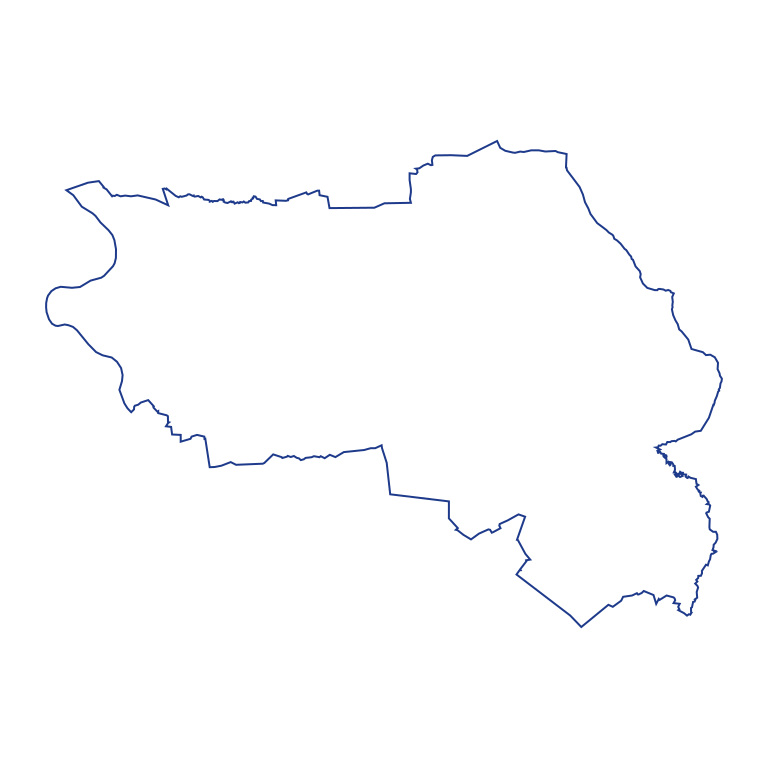 outline of Lochem, Gelderland, Netherlands
{"feature_id": "6326949B7349538907764", "entity_name": "Lochem", "entity_type": "district", "adm_level": 2, "iso_a3": "NLD", "parent_name": "Netherlands", "parent_adm1": "Gelderland", "projection": "mercator", "projection_center": [6.355, 52.172], "detail": "fine", "context": "isolated", "style": "outline", "palette": "blue", "viewbox_px": 768, "rotation_deg": 0, "n_neighbors": 0, "source": "geoboundaries", "source_scale": "gbopen_adm2", "svg_char_len": 6098}
<svg xmlns="http://www.w3.org/2000/svg" viewBox="0 0 768 768"><path d="M66.4,190.2L73.3,195.2L81.8,206.7L92.5,213.3L95.5,215.9L100.5,222.5L108.6,230.3L112.4,235.1L114.4,240.2L116.0,249.2L115.9,258.0L114.6,263.3L113.0,266.2L104.1,275.8L101.2,277.7L90.6,280.6L80.0,287.0L72.0,287.8L60.7,286.8L55.6,288.3L51.4,291.1L48.1,295.5L47.1,298.1L46.2,302.9L46.1,307.3L46.6,312.2L49.0,319.3L52.0,323.7L55.5,325.7L58.0,326.0L64.7,324.5L68.4,325.2L73.0,326.9L77.0,330.3L88.4,344.3L96.1,352.1L102.6,355.3L111.7,357.5L117.0,361.8L121.1,368.1L122.6,375.1L122.0,381.1L119.4,389.8L124.4,403.4L127.5,408.3L131.2,412.2L134.0,409.4L134.2,406.7L134.9,405.7L138.2,404.7L140.9,402.5L148.2,400.1L153.8,406.3L153.3,406.8L153.6,407.7L157.4,411.7L158.2,411.2L158.2,413.1L166.7,415.3L167.9,416.2L168.0,422.0L169.1,422.3L167.9,423.3L166.0,426.3L171.1,426.9L172.1,434.5L180.7,434.9L180.7,441.7L190.5,438.8L191.6,436.6L197.0,434.9L204.3,436.6L204.5,438.9L205.3,438.7L209.7,467.2L214.7,467.0L221.4,465.7L230.7,462.1L236.1,464.8L262.8,463.7L264.3,463.0L273.2,454.4L281.8,457.2L282.3,458.0L286.9,456.7L287.7,455.9L290.8,457.0L293.9,456.0L296.7,457.8L299.0,458.4L300.8,460.1L303.8,459.3L305.6,457.9L311.7,457.2L313.9,456.2L319.5,457.2L320.7,456.2L324.7,458.2L329.8,454.8L335.4,457.1L343.8,452.1L364.2,450.0L370.7,448.2L375.2,448.2L381.6,445.3L382.0,448.1L386.7,462.8L390.2,494.3L448.9,501.4L448.9,518.4L457.8,528.1L455.9,529.8L457.5,530.2L463.5,534.9L471.0,539.4L479.0,533.6L488.4,529.4L490.1,529.8L491.8,532.7L493.2,532.1L500.5,528.2L499.3,525.7L499.7,524.0L507.7,520.4L518.5,514.4L525.1,516.7L517.0,539.8L517.8,539.9L525.4,553.9L530.2,559.6L526.1,560.3L526.4,561.2L520.2,569.3L520.7,570.2L519.5,570.3L516.5,574.5L570.2,615.5L581.3,627.0L608.4,604.8L612.8,606.8L621.2,600.7L623.1,596.8L632.1,595.5L636.9,593.2L637.7,594.4L638.5,594.5L641.7,593.0L643.7,591.0L653.5,595.0L656.2,603.9L658.8,598.9L659.6,599.9L666.6,595.5L673.6,597.4L674.6,598.4L675.2,600.2L673.6,603.1L679.7,603.8L678.2,606.9L679.4,609.3L678.3,610.1L684.1,613.2L687.0,615.6L689.0,614.2L690.3,614.7L691.5,612.7L691.1,612.6L691.0,608.0L692.0,607.2L693.1,601.9L694.6,601.6L695.5,599.4L695.1,599.2L697.2,597.7L696.7,592.0L698.1,587.5L697.4,585.8L695.2,583.6L697.4,581.5L696.2,579.9L698.2,578.0L698.3,575.9L700.9,575.8L702.0,573.3L701.9,570.9L706.0,564.7L707.8,565.4L708.9,561.5L710.1,559.2L710.7,555.3L711.5,553.8L713.0,553.7L715.9,551.9L714.8,551.5L715.4,551.0L712.5,550.1L713.5,547.3L713.7,544.7L715.6,542.7L717.4,538.9L717.2,534.7L715.9,531.8L713.1,531.8L709.8,529.4L709.4,527.4L709.7,518.7L708.2,517.3L706.2,513.3L706.5,512.6L708.9,511.7L710.2,505.6L709.3,504.5L706.9,504.1L708.5,502.8L708.6,502.1L707.4,500.9L706.8,499.2L703.6,495.6L702.9,495.7L702.4,496.9L700.8,496.0L700.3,493.5L700.8,492.5L699.3,492.1L698.7,491.3L699.2,490.7L697.7,489.6L695.9,486.7L698.4,485.0L696.5,483.8L695.9,479.1L690.5,477.8L688.4,476.5L687.9,477.8L687.3,478.0L685.6,476.6L686.1,474.6L682.6,474.2L682.9,472.8L681.1,472.6L680.1,471.8L679.4,473.2L681.5,474.4L682.5,476.0L680.0,477.0L678.9,476.2L678.8,474.1L677.9,474.0L677.5,474.3L676.9,476.7L676.4,476.8L674.7,474.3L676.2,473.7L676.3,473.1L675.0,471.9L674.0,472.1L675.0,469.9L674.7,466.0L673.3,465.9L673.4,464.6L671.8,462.3L670.2,462.1L670.6,464.6L669.9,465.3L668.8,463.9L668.3,461.9L666.5,463.1L666.5,459.1L664.8,457.6L666.3,457.3L666.6,456.6L666.3,455.4L665.5,455.1L663.6,456.2L663.3,455.8L663.8,453.9L661.1,453.6L660.2,451.8L658.7,451.7L658.5,452.9L658.1,452.9L657.4,450.7L660.0,449.5L656.0,447.5L658.2,447.2L658.7,445.6L660.6,445.7L662.3,444.2L666.0,444.5L667.3,442.0L670.2,442.1L671.5,441.2L674.7,440.9L675.8,441.4L677.7,439.7L691.3,434.3L695.2,431.6L700.8,430.8L708.9,417.8L713.3,404.9L713.7,405.1L714.5,403.0L714.8,400.8L716.8,396.2L718.2,391.5L719.2,390.7L718.8,389.4L719.9,387.9L720.5,383.4L721.5,381.5L721.9,378.7L720.0,375.8L719.5,373.2L717.6,369.2L718.0,362.8L714.8,357.3L710.3,354.7L706.0,355.1L702.9,352.2L691.5,349.0L688.3,339.6L681.7,331.5L679.2,329.4L677.7,324.1L675.5,320.5L673.2,315.2L671.9,309.3L672.6,307.1L672.3,305.6L672.8,301.8L672.2,297.0L673.8,293.4L670.9,292.2L670.4,290.9L668.2,290.0L665.7,290.7L663.5,289.5L659.4,288.9L658.2,289.1L657.4,290.1L654.7,290.1L647.3,287.9L642.9,283.5L640.1,277.3L640.7,274.1L639.7,271.0L635.6,266.5L633.0,259.8L631.7,259.0L631.1,256.5L629.3,254.6L626.2,250.0L624.6,248.9L620.6,243.7L616.9,240.3L614.3,238.8L613.4,236.0L612.5,234.8L608.8,232.5L606.5,230.1L597.2,223.1L590.5,214.0L588.3,208.4L585.0,202.2L582.9,194.5L579.6,187.0L567.0,170.3L566.5,167.6L566.0,167.5L566.0,166.9L566.6,154.0L557.9,152.2L555.5,151.0L545.3,151.5L538.6,150.3L531.4,150.3L523.8,152.0L520.2,151.6L515.1,152.8L513.1,152.6L505.3,150.8L500.2,147.8L497.1,141.0L467.2,155.9L451.2,155.2L435.3,155.4L432.8,156.9L431.9,160.2L432.4,164.9L430.9,165.2L427.8,163.7L423.4,165.5L419.3,168.3L415.9,168.7L417.1,169.5L417.5,172.4L416.1,174.0L409.6,173.3L409.6,180.0L410.9,189.1L410.9,192.3L409.9,199.0L410.9,202.8L384.4,203.3L374.4,207.7L329.5,208.1L327.5,196.8L319.6,195.2L319.1,190.7L317.2,190.7L308.1,194.4L307.2,194.0L306.3,192.4L288.8,198.7L288.0,199.2L288.1,200.3L285.9,200.8L275.7,200.4L276.2,205.2L272.5,205.1L269.1,203.6L263.1,202.5L262.8,201.0L260.9,201.1L259.8,199.4L257.0,198.9L255.5,196.6L253.8,196.3L253.5,197.4L252.8,197.6L253.0,198.5L251.2,199.6L251.1,200.9L249.1,201.1L248.3,202.4L245.4,202.7L243.8,201.5L242.6,202.4L240.2,202.0L240.1,202.7L238.9,203.2L237.7,202.3L234.6,203.6L233.5,201.7L232.1,202.3L230.9,201.8L231.3,201.4L231.0,201.3L227.5,203.0L225.1,202.5L223.7,201.7L223.9,201.0L223.1,200.4L223.5,199.7L223.1,199.2L221.2,199.8L219.6,199.4L217.5,201.1L213.9,201.0L212.8,201.8L211.9,200.9L209.8,201.6L209.8,200.8L208.6,199.9L204.1,199.5L202.7,197.3L201.6,196.7L200.8,197.4L198.2,196.0L194.7,196.6L193.8,196.2L193.7,195.5L192.6,195.9L189.6,194.3L188.1,194.3L186.6,195.5L181.8,196.8L180.2,196.3L178.8,197.3L175.7,195.9L166.7,188.7L166.4,189.4L164.7,188.5L162.8,188.9L168.2,205.3L155.6,199.5L137.7,195.4L131.0,196.3L125.2,195.6L120.5,196.3L116.8,194.8L114.8,196.0L112.8,195.7L112.1,196.3L106.6,189.4L103.5,187.6L103.8,187.1L98.9,181.1L87.9,182.7L66.4,190.2Z" fill="none" stroke="#1e3a8a" stroke-width="2"/></svg>